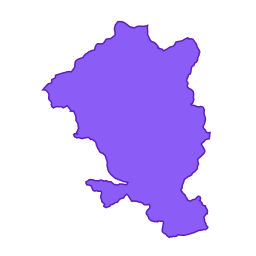 outline of Mosna, Sibiu, Romania, rotated 185°
{"feature_id": "2599482B88380458421625", "entity_name": "Mosna", "entity_type": "district", "adm_level": 2, "iso_a3": "ROU", "parent_name": "Romania", "parent_adm1": "Sibiu", "projection": "orthographic", "projection_center": [24.412, 46.08], "detail": "fine", "context": "isolated", "style": "filled", "palette": "violet", "viewbox_px": 256, "rotation_deg": 185, "n_neighbors": 0, "source": "geoboundaries", "source_scale": "gbopen_adm2", "svg_char_len": 5712}
<svg xmlns="http://www.w3.org/2000/svg" viewBox="0 0 256 256"><g transform="rotate(185 128 128)"><path d="M147.3,233.1L149.6,229.5L149.8,227.8L150.2,226.0L149.8,224.2L149.3,222.8L149.2,221.1L148.9,220.3L148.9,219.7L149.5,218.9L152.4,216.1L153.5,215.4L157.2,214.7L157.6,214.4L158.2,213.3L158.9,211.6L159.1,211.5L159.5,210.7L160.6,209.8L162.2,209.4L165.4,209.4L166.1,208.9L167.2,207.3L167.7,205.8L167.7,205.2L168.2,203.0L168.5,202.6L171.0,202.0L173.6,200.4L175.2,199.0L176.9,197.8L177.6,196.9L178.8,194.7L179.4,194.1L183.5,192.3L185.2,191.0L186.0,190.1L186.2,189.6L186.5,186.7L186.3,185.8L186.5,183.6L189.3,179.0L191.6,179.1L193.7,178.6L195.0,178.0L197.3,177.3L204.8,174.2L204.7,171.8L208.1,169.5L208.2,169.1L208.0,167.8L208.0,167.0L208.4,166.3L209.8,165.4L211.2,165.0L211.7,164.7L213.7,162.1L216.2,158.6L214.6,158.7L213.2,158.4L212.2,157.9L210.1,155.6L209.5,153.6L209.7,152.4L209.5,150.1L208.5,148.8L207.0,147.7L206.2,146.1L206.5,144.8L205.8,142.8L205.6,142.5L204.1,141.5L202.0,142.8L199.8,143.2L198.5,143.1L196.8,143.5L196.0,143.4L194.8,142.7L194.0,142.5L190.5,144.9L186.9,141.1L186.6,140.8L186.7,140.4L186.9,139.8L185.9,139.9L185.2,139.7L183.6,140.1L182.0,137.2L181.0,135.0L180.6,132.8L180.6,131.8L180.5,131.0L178.6,128.6L178.0,127.4L177.8,124.9L177.3,124.3L177.0,123.4L177.1,123.1L177.7,122.4L177.8,121.6L178.8,119.0L178.0,118.3L177.7,117.7L178.7,117.7L179.7,117.8L180.7,117.5L181.6,116.7L181.2,116.3L181.0,115.4L180.5,114.7L180.3,114.5L179.0,114.3L178.2,113.7L175.8,114.2L175.2,114.1L174.9,113.7L173.4,113.5L172.1,113.6L170.7,114.3L169.6,114.4L168.1,114.9L166.2,115.1L164.5,113.4L163.6,113.5L162.1,113.4L161.3,112.6L160.0,112.1L158.8,110.9L158.1,108.8L157.9,108.5L157.9,108.0L157.5,107.8L157.0,106.4L156.4,105.2L155.5,104.2L154.1,101.8L152.6,100.9L151.1,100.8L148.2,98.3L147.3,96.1L146.1,93.5L145.7,92.0L145.5,91.3L145.6,88.7L144.7,86.3L144.4,85.2L143.4,82.7L142.7,82.3L141.8,81.0L141.1,80.3L136.0,76.6L135.0,76.6L133.2,75.7L132.7,75.8L127.7,74.3L123.4,73.8L124.4,71.5L126.2,71.3L128.5,71.6L131.2,71.6L132.7,70.6L133.7,70.2L135.5,70.6L136.7,70.4L140.4,73.0L141.6,72.7L142.4,72.9L143.9,72.9L144.6,73.6L145.1,73.7L147.4,72.9L148.4,73.4L150.2,73.8L151.6,73.4L152.5,72.9L154.3,72.7L156.2,72.6L158.7,73.4L161.3,73.3L162.1,73.1L162.9,72.2L164.3,71.1L165.2,70.7L164.9,69.0L164.0,67.8L161.7,67.8L160.2,67.3L159.5,66.9L157.7,63.3L156.7,62.5L155.4,62.3L154.0,62.9L152.3,62.4L149.3,62.6L148.7,61.3L148.7,59.9L149.3,57.8L148.9,55.8L148.0,54.1L147.7,52.7L147.5,52.2L145.0,50.4L144.7,49.6L145.4,48.6L145.4,48.4L145.3,48.0L145.0,47.6L142.8,46.8L141.6,47.6L140.6,47.8L139.4,48.4L139.3,49.1L138.9,49.6L138.3,50.1L136.9,50.4L136.2,51.1L135.4,51.3L134.4,52.5L132.2,53.1L130.1,56.3L129.1,56.9L126.7,57.8L126.0,58.3L125.6,59.1L125.4,59.9L123.9,61.5L123.2,61.9L122.9,61.7L121.5,60.2L117.9,55.3L117.6,55.3L117.2,55.9L115.4,55.6L114.7,55.8L112.0,55.6L111.0,55.2L109.6,55.2L106.7,54.4L105.5,53.2L104.6,53.0L102.3,53.1L100.6,53.7L100.0,53.7L99.5,52.1L99.4,50.2L101.7,47.5L102.4,45.0L102.1,43.7L101.0,42.8L99.6,40.5L99.4,39.7L98.9,39.2L97.1,37.8L96.0,37.5L94.3,37.3L93.6,37.0L91.8,37.4L90.9,37.0L90.5,37.1L90.0,37.4L89.8,38.1L89.4,38.2L87.1,37.9L85.8,38.2L84.9,37.8L84.4,37.2L84.7,32.9L84.7,31.6L85.0,30.4L85.0,28.5L84.9,28.0L83.9,26.9L81.0,25.4L80.4,25.0L80.0,24.3L77.4,22.6L76.0,23.6L74.8,23.3L73.8,24.0L71.0,24.2L70.0,24.7L68.9,26.1L67.9,25.9L66.4,25.8L62.9,26.0L59.2,27.1L53.1,29.6L49.3,31.6L49.0,32.0L46.5,32.5L43.9,33.4L42.1,33.5L40.1,35.1L39.8,36.2L40.3,36.5L41.9,38.4L42.2,39.1L42.3,39.3L42.1,39.5L43.6,41.7L43.8,43.5L44.7,46.0L42.4,49.4L41.5,49.5L41.7,50.9L41.5,51.9L41.7,52.8L42.2,53.8L43.6,55.4L44.1,57.2L45.2,57.2L46.9,57.9L47.6,59.1L47.7,59.7L48.3,60.1L49.2,61.4L50.4,61.8L49.8,62.6L49.9,63.4L49.5,64.4L50.4,65.8L51.6,66.2L52.4,66.0L53.7,64.4L54.7,62.9L56.9,62.3L57.8,62.0L58.2,61.4L59.5,60.7L60.3,60.6L62.8,61.7L63.0,62.9L64.0,63.7L65.2,66.0L65.8,66.6L68.7,68.9L69.1,69.4L68.8,69.6L70.1,71.2L70.0,71.5L68.8,72.8L68.8,73.4L69.2,74.6L68.9,75.2L68.7,76.4L67.7,79.5L67.6,80.7L67.5,81.3L66.3,82.7L65.0,83.7L63.7,85.0L62.2,85.6L60.8,86.6L60.4,87.1L60.1,88.3L59.7,88.6L59.4,89.2L58.0,90.1L57.0,91.2L56.7,91.9L55.6,93.1L55.4,93.6L55.6,95.7L54.6,98.3L55.5,100.8L55.8,103.0L50.9,108.3L49.9,109.8L49.4,111.4L49.7,112.5L50.7,114.2L53.7,118.5L53.2,119.2L52.5,119.7L50.6,121.7L49.7,123.2L48.3,123.8L46.1,124.4L46.1,125.0L45.9,130.7L47.3,130.3L49.4,130.5L49.9,130.9L50.8,132.8L51.9,133.6L53.1,134.9L53.2,136.3L52.2,139.0L51.6,142.4L51.7,144.2L53.6,149.3L53.5,151.8L53.7,153.1L54.6,154.6L55.6,155.5L57.6,155.8L58.6,155.4L60.8,155.2L63.9,156.3L66.6,156.2L67.4,157.3L66.1,158.0L65.8,158.5L64.9,162.3L65.5,163.8L65.5,167.0L65.7,167.3L65.7,168.4L65.9,169.2L66.5,170.4L67.5,171.2L67.9,171.3L69.1,172.3L70.6,172.4L71.0,173.1L72.1,173.7L72.4,174.0L72.6,175.6L72.1,177.8L73.6,179.9L73.7,180.3L73.7,180.9L73.5,182.1L72.6,184.4L72.4,186.2L70.8,187.2L70.5,188.0L70.2,190.1L70.2,192.8L69.8,194.3L69.2,195.1L67.7,196.4L67.5,196.9L67.2,198.5L67.0,198.8L65.8,199.4L65.1,200.5L64.8,201.3L64.6,202.3L64.6,203.4L64.3,205.4L63.6,206.8L63.7,207.4L63.5,208.7L63.1,209.8L63.6,211.2L66.3,215.0L66.8,216.5L67.4,217.7L68.5,218.9L70.9,221.9L72.4,222.4L73.6,222.2L74.7,222.2L75.0,222.5L75.3,222.1L76.4,223.1L79.7,221.1L81.4,219.7L87.7,217.8L88.8,214.9L89.5,214.0L90.9,213.0L93.6,212.1L96.2,209.8L98.0,208.9L98.4,208.4L99.5,208.1L100.7,209.4L103.5,209.9L104.1,209.8L104.7,210.0L105.0,210.3L104.6,210.9L105.3,211.3L105.4,212.1L107.6,214.3L108.7,214.9L108.9,215.3L110.1,215.8L112.3,216.2L114.2,218.5L116.4,222.3L116.7,223.2L116.8,225.7L117.5,229.9L117.4,231.9L118.6,231.3L122.1,230.5L124.0,230.6L127.6,230.1L129.3,228.9L130.5,228.3L135.2,229.0L137.0,230.4L140.0,232.2L141.8,233.0L143.8,233.4L147.3,233.1Z" fill="#8b5cf6" stroke="#5b21b6" stroke-width="1.5"/></g></svg>